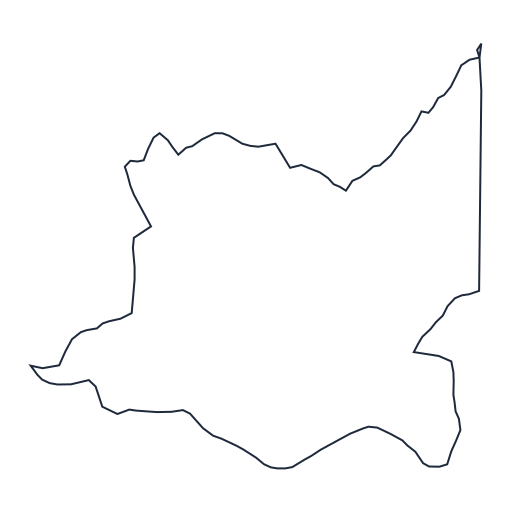 Paraíso do Norte, Paraná, Brazil (Equal Earth projection)
{"feature_id": "56859067B23838105782075", "entity_name": "Paraíso do Norte", "entity_type": "district", "adm_level": 2, "iso_a3": "BRA", "parent_name": "Brazil", "parent_adm1": "Paraná", "projection": "equal_earth", "projection_center": [-52.64, -23.256], "detail": "fine", "context": "isolated", "style": "outline", "palette": "slate", "viewbox_px": 512, "rotation_deg": 0, "n_neighbors": 0, "source": "geoboundaries", "source_scale": "gbopen_adm2", "svg_char_len": 1757}
<svg xmlns="http://www.w3.org/2000/svg" viewBox="0 0 512 512"><path d="M117.4,414.0L129.3,409.6L136.1,410.6L157.0,412.1L171.5,411.8L182.9,410.1L190.0,413.6L203.0,428.2L213.1,435.7L221.5,438.7L236.4,445.7L243.0,449.3L256.0,457.6L264.1,464.3L271.0,467.4L277.4,468.4L285.2,468.4L292.3,467.1L304.6,459.6L310.8,456.2L320.9,449.6L350.1,433.7L362.4,428.7L368.4,426.7L377.3,427.6L390.7,434.0L402.4,440.4L407.3,445.4L415.4,451.8L423.1,463.2L429.1,466.5L439.4,466.7L447.2,464.3L451.3,451.3L456.3,440.1L460.4,430.1L458.9,418.7L455.6,411.4L454.6,402.6L453.4,394.8L453.7,381.4L453.4,372.1L451.3,361.4L438.8,356.0L413.8,352.1L418.3,343.5L422.3,336.8L430.6,329.0L435.8,322.3L442.8,315.6L447.6,306.1L455.0,298.2L461.9,295.3L468.9,294.3L479.1,290.9L481.3,90.6L479.5,57.5L469.6,59.7L461.3,65.3L456.7,75.0L450.8,86.7L444.1,95.0L438.2,98.0L433.1,107.2L428.4,112.8L421.5,111.4L416.5,121.5L410.5,130.6L403.1,138.1L395.0,149.4L390.8,155.4L385.5,160.3L379.8,165.4L373.4,166.4L366.1,172.8L360.3,177.3L352.4,180.8L345.9,190.7L339.8,186.8L333.6,184.2L328.1,178.1L319.7,172.3L310.8,168.9L301.4,165.0L290.1,167.8L275.5,143.7L258.5,146.7L250.4,145.9L242.3,143.7L229.3,135.9L222.5,133.3L214.8,133.2L202.1,139.3L192.2,146.2L186.2,147.7L178.3,154.7L172.2,146.7L167.9,140.3L159.6,133.2L153.6,137.6L148.2,148.6L143.7,160.3L137.7,161.5L130.4,160.8L124.8,166.7L127.3,174.2L130.4,185.9L133.9,194.7L151.0,226.4L133.9,237.8L132.9,247.8L134.6,267.0L134.6,279.5L131.7,313.1L120.5,318.7L109.3,321.2L102.7,323.4L96.9,328.4L86.9,330.1L80.9,332.1L72.0,339.2L65.4,351.4L59.2,365.3L42.6,368.2L30.7,365.7L37.4,374.8L42.1,379.6L49.6,383.1L57.5,384.5L71.0,384.3L88.8,380.1L95.6,386.5L102.3,406.7L117.4,414.0ZM479.5,57.5L481.3,43.6L477.1,50.0L479.5,57.5Z" fill="none" stroke="#1e293b" stroke-width="2"/></svg>